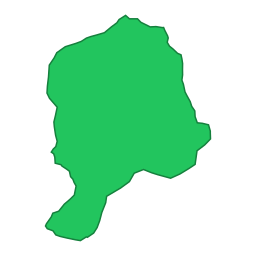 Marathounta, Paphos, Cyprus (orthographic projection)
{"feature_id": "46923920B14546708520398", "entity_name": "Marathounta", "entity_type": "district", "adm_level": 2, "iso_a3": "CYP", "parent_name": "Cyprus", "parent_adm1": "Paphos", "projection": "orthographic", "projection_center": [32.495, 34.776], "detail": "fine", "context": "isolated", "style": "filled", "palette": "green", "viewbox_px": 256, "rotation_deg": 0, "n_neighbors": 0, "source": "geoboundaries", "source_scale": "gbopen_adm2", "svg_char_len": 1357}
<svg xmlns="http://www.w3.org/2000/svg" viewBox="0 0 256 256"><path d="M87.4,237.3L93.6,233.1L97.1,227.6L99.7,220.6L101.8,212.5L105.7,202.7L106.6,196.3L116.2,190.6L120.5,188.1L129.4,181.6L134.2,173.2L143.5,169.5L151.5,172.7L157.8,174.7L170.6,178.2L179.9,174.0L188.6,168.7L195.1,164.4L196.0,158.1L197.0,150.8L204.7,144.9L208.2,141.3L210.5,138.9L210.3,132.7L210.3,131.1L208.5,124.8L202.3,123.3L197.3,122.8L195.1,116.7L194.8,110.9L191.7,106.3L190.2,101.6L186.9,95.6L185.0,91.9L183.4,84.3L181.9,80.1L182.6,74.9L182.5,69.5L182.6,63.5L181.9,58.9L181.0,54.8L177.5,53.3L172.9,48.9L169.5,46.2L167.2,42.3L168.2,38.0L167.6,35.9L164.8,30.4L163.6,27.5L162.4,27.6L156.0,26.6L150.2,26.9L140.9,22.3L137.5,18.8L129.4,18.8L125.6,15.4L119.1,19.5L116.9,22.8L111.4,26.9L104.4,32.7L96.6,35.0L90.7,36.6L86.4,38.1L81.3,41.4L75.9,43.4L65.3,46.7L56.8,52.7L54.1,58.0L49.3,65.1L48.5,77.0L47.4,86.2L47.0,93.1L49.5,98.3L57.2,107.2L55.4,115.8L53.9,122.0L54.3,126.6L55.6,135.2L57.2,141.3L55.8,146.6L53.3,149.0L51.3,152.1L53.7,153.8L54.8,157.2L55.2,163.2L61.0,164.7L62.0,166.1L66.6,169.1L69.4,171.2L70.6,176.7L72.9,179.2L74.1,182.5L76.1,186.0L74.3,195.1L69.9,199.4L64.3,204.2L58.7,211.2L52.8,213.2L51.3,216.9L46.5,223.7L45.5,226.0L47.3,228.7L53.0,230.8L55.8,234.9L60.1,236.4L66.9,238.0L75.6,239.8L80.4,240.6L86.3,236.9L87.4,237.3Z" fill="#22c55e" stroke="#15803d" stroke-width="1.5"/></svg>